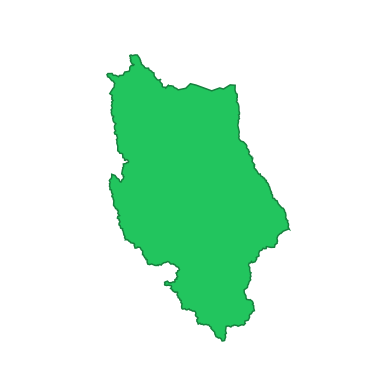 outline of Calingasta, San Juan, Argentina, rotated 338°
{"feature_id": "61730980B6490927359782", "entity_name": "Calingasta", "entity_type": "district", "adm_level": 2, "iso_a3": "ARG", "parent_name": "Argentina", "parent_adm1": "San Juan", "projection": "orthographic", "projection_center": [-70.115, -31.449], "detail": "fine", "context": "isolated", "style": "filled", "palette": "green", "viewbox_px": 384, "rotation_deg": 338, "n_neighbors": 0, "source": "geoboundaries", "source_scale": "gbopen_adm2", "svg_char_len": 6067}
<svg xmlns="http://www.w3.org/2000/svg" viewBox="0 0 384 384"><g transform="rotate(338 192 192)"><path d="M186.8,42.1L185.5,42.2L185.2,43.2L185.6,44.1L184.8,45.1L185.0,46.2L184.9,46.7L184.3,46.9L184.1,47.9L184.5,50.8L185.9,52.1L185.2,52.7L182.9,52.0L181.1,53.0L180.0,55.4L178.9,56.5L174.6,55.6L171.8,57.9L168.4,56.8L167.1,57.6L164.8,55.1L162.7,54.3L162.3,52.2L158.4,50.7L157.0,51.5L157.3,52.4L156.9,53.5L158.3,54.9L159.3,58.7L160.3,59.3L161.1,62.4L160.4,62.9L159.0,65.8L157.5,66.4L152.6,70.0L154.3,72.6L152.9,74.5L153.1,75.3L152.4,75.8L153.1,77.5L151.2,78.5L151.2,80.2L149.7,81.6L149.7,83.7L149.2,84.7L147.8,85.5L147.7,87.1L146.9,88.2L146.5,91.5L147.7,92.4L147.3,93.3L146.2,93.7L145.6,96.6L145.9,98.3L147.0,100.2L145.3,101.3L144.5,102.4L143.9,104.5L144.1,106.8L142.4,107.6L142.1,109.2L143.7,110.7L143.3,111.6L143.3,113.2L142.9,114.5L141.6,115.1L141.6,116.5L140.6,118.7L140.4,121.7L138.7,125.6L138.7,126.3L139.4,127.2L139.6,129.0L141.3,129.9L141.9,130.9L140.8,134.2L141.4,134.4L141.9,135.8L141.4,137.3L142.3,137.8L142.9,137.3L143.7,137.5L144.4,138.5L144.6,140.2L143.8,140.8L142.8,140.3L141.4,140.8L138.8,140.3L138.1,142.9L136.8,143.6L136.8,144.4L136.0,145.1L133.7,148.8L133.8,149.5L134.5,150.1L134.1,151.6L134.6,152.1L133.0,154.2L131.7,154.4L130.2,156.1L129.5,156.0L128.9,154.9L129.1,153.8L128.8,152.5L127.6,151.1L126.8,147.8L124.2,145.5L123.2,148.0L122.0,149.4L120.8,149.6L119.6,150.5L119.8,152.2L119.5,152.9L118.6,153.4L118.5,154.4L117.6,155.9L117.8,156.9L116.8,159.0L118.0,159.9L117.2,162.7L117.8,164.4L116.7,165.1L116.0,166.3L116.7,167.0L116.2,169.8L116.5,170.3L114.3,174.9L115.1,177.9L114.9,178.7L115.9,179.5L116.0,181.0L116.5,181.2L116.2,182.7L115.2,184.1L116.0,186.8L114.1,186.8L113.0,188.3L114.3,190.2L113.8,191.1L114.2,192.0L114.0,192.8L112.7,193.6L112.0,195.2L112.8,196.2L112.3,198.8L113.9,200.0L113.3,201.0L113.5,202.5L112.8,206.3L113.2,208.1L112.3,209.2L112.9,210.7L112.3,211.3L114.4,212.1L115.1,213.9L116.1,215.3L116.2,216.1L118.9,217.9L119.2,218.9L118.5,219.4L118.2,222.7L119.9,223.2L121.0,222.7L123.2,224.1L123.3,226.4L124.2,228.2L122.7,231.5L123.2,231.7L123.7,235.5L124.4,236.2L124.0,237.4L125.0,238.0L124.1,240.4L124.0,242.3L125.4,243.4L127.6,243.6L130.2,246.2L131.4,246.8L132.8,246.8L133.0,247.5L134.5,247.0L136.2,248.2L136.7,247.7L139.4,247.0L141.1,247.5L143.5,247.4L144.4,248.2L145.3,250.8L147.8,251.7L147.8,252.2L148.7,252.7L149.6,255.3L150.6,256.0L151.2,257.1L151.3,259.3L150.4,259.8L149.3,259.7L148.4,260.9L146.8,261.2L147.1,262.4L146.8,263.2L147.0,265.2L145.7,265.6L145.3,267.0L144.5,266.6L143.2,267.0L142.6,268.8L141.8,268.9L140.8,268.2L138.3,268.4L138.1,268.0L136.6,267.5L135.9,265.5L134.4,265.4L132.8,265.5L132.8,266.5L132.1,267.1L131.9,268.0L133.3,269.1L135.1,269.5L137.6,271.1L137.6,272.0L137.0,272.9L136.0,273.4L137.3,275.3L136.9,276.0L138.5,278.4L139.0,278.3L139.4,279.0L140.0,278.9L141.0,279.5L140.9,280.2L139.9,281.2L139.6,282.5L140.1,283.3L139.6,284.7L140.6,286.0L140.3,287.5L141.3,288.5L140.3,290.4L140.9,291.8L139.3,294.6L139.0,296.2L139.4,297.0L141.8,297.6L142.2,298.7L143.1,299.4L145.5,299.3L146.0,300.8L146.9,301.1L147.8,302.5L149.8,303.5L150.3,304.5L150.1,306.2L149.1,307.3L149.1,308.6L150.4,310.8L149.8,311.8L148.8,312.0L148.1,313.7L148.4,314.9L148.3,316.8L150.3,316.7L150.8,318.0L152.2,318.4L152.8,319.4L155.5,320.0L156.6,321.1L157.7,321.4L158.2,323.3L159.2,324.7L158.5,325.6L160.5,330.4L160.0,332.5L160.3,333.1L160.0,333.9L160.2,335.3L160.9,335.8L161.8,337.3L162.8,337.4L163.9,338.8L164.1,341.4L166.0,341.9L166.9,341.6L167.2,340.8L168.8,339.2L169.4,336.4L170.9,335.9L171.0,333.4L173.3,329.4L175.6,329.8L177.5,331.7L179.3,331.0L180.0,331.4L181.2,331.1L183.8,332.7L184.4,333.7L188.4,333.7L190.1,334.8L192.2,333.8L191.9,333.0L192.8,331.5L196.0,331.9L196.9,331.2L198.5,329.6L198.9,327.9L199.9,327.1L201.4,327.1L203.5,325.4L205.4,325.4L205.7,322.8L206.6,320.5L206.1,318.7L207.0,318.3L207.1,317.0L206.9,315.8L205.6,313.6L204.9,313.6L202.4,312.0L202.4,310.5L203.1,308.4L202.7,305.7L202.9,304.3L203.7,302.2L207.6,301.3L208.8,299.2L209.7,298.7L211.4,296.5L213.5,295.4L213.6,294.0L214.1,292.7L214.9,292.5L215.4,289.8L216.5,289.1L215.8,288.0L216.3,285.7L217.3,283.6L216.9,281.9L217.2,280.6L218.4,279.4L219.2,279.7L221.2,278.8L221.2,279.9L221.5,280.1L224.3,280.3L226.9,278.3L227.1,276.8L230.2,276.4L230.8,273.9L232.6,271.9L234.9,272.1L236.9,270.8L237.8,271.7L239.6,272.2L240.4,270.6L240.9,270.6L244.5,273.0L247.8,274.1L249.3,271.9L251.8,271.4L252.1,270.3L252.9,269.6L253.4,266.7L255.4,264.6L258.3,263.5L259.0,263.7L261.9,262.5L267.9,262.5L268.2,262.9L268.0,260.4L269.1,258.9L269.5,257.5L269.2,255.8L270.1,254.5L269.0,252.5L269.4,252.1L269.2,250.9L270.3,248.9L270.9,246.3L270.5,244.7L270.9,243.6L270.5,241.3L269.3,240.3L267.5,235.2L267.6,231.9L266.3,231.0L266.0,228.9L264.8,228.2L264.6,227.6L265.5,224.9L264.9,222.7L265.6,222.2L265.4,219.7L265.8,216.2L265.4,214.9L265.8,213.6L265.3,211.5L264.6,210.5L265.3,209.1L264.4,208.4L264.3,206.3L263.4,205.8L263.2,204.4L261.7,202.8L262.0,200.8L260.7,200.6L260.4,200.0L259.9,196.1L259.4,195.6L259.6,195.0L258.7,193.3L259.1,191.8L259.7,191.4L259.4,190.8L260.3,190.1L259.1,186.3L261.0,183.3L260.1,182.8L260.7,181.4L259.7,180.8L259.5,179.3L258.9,178.5L259.1,177.4L260.2,176.2L259.8,175.3L260.2,174.4L259.1,171.4L260.1,169.8L259.9,168.3L258.5,164.8L256.4,163.1L255.6,160.8L255.6,159.2L256.5,158.2L256.8,156.4L258.3,154.1L259.4,147.3L261.5,144.1L261.6,142.9L263.5,141.6L263.3,140.8L264.0,139.6L264.0,138.0L265.0,137.8L265.7,136.4L265.9,134.4L267.4,130.5L267.8,128.3L267.7,126.7L267.0,125.0L268.3,123.7L268.6,121.8L269.4,121.3L270.5,118.2L269.7,116.7L270.0,113.7L272.0,109.2L267.5,107.0L259.7,108.3L256.7,105.9L248.2,105.6L235.8,94.4L231.1,91.0L225.1,93.5L217.4,92.1L216.4,90.2L214.5,88.4L214.3,87.0L212.3,85.6L210.5,85.0L210.1,84.1L206.6,85.8L206.4,84.8L204.5,84.0L204.0,82.9L204.8,80.8L203.7,78.1L203.8,76.4L205.6,75.9L203.0,75.8L201.8,74.9L200.4,70.3L201.3,67.3L200.1,66.3L199.8,64.9L198.0,62.7L198.1,60.9L196.0,60.1L194.7,59.0L194.6,57.6L193.0,54.4L193.4,53.3L193.1,51.8L193.5,51.4L193.5,48.3L192.6,44.5L190.6,43.6L187.7,43.2L186.8,42.1Z" fill="#22c55e" stroke="#15803d" stroke-width="1.5"/></g></svg>